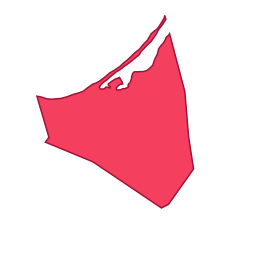 the district of Rummana, Shamal Sina', Egypt, rotated 335°
{"feature_id": "37247803B2824633862511", "entity_name": "Rummana", "entity_type": "district", "adm_level": 2, "iso_a3": "EGY", "parent_name": "Egypt", "parent_adm1": "Shamal Sina'", "projection": "albers", "projection_center": [32.731, 30.963], "detail": "fine", "context": "isolated", "style": "filled", "palette": "rose", "viewbox_px": 256, "rotation_deg": 335, "n_neighbors": 0, "source": "geoboundaries", "source_scale": "gbopen_adm2", "svg_char_len": 1420}
<svg xmlns="http://www.w3.org/2000/svg" viewBox="0 0 256 256"><g transform="rotate(335 128 128)"><path d="M205.5,60.1L204.2,61.0L201.0,61.9L199.2,63.7L196.3,65.7L193.5,66.9L189.4,69.0L185.7,73.6L182.3,76.2L179.8,78.5L177.0,81.5L172.8,83.1L169.2,83.9L165.4,83.2L163.2,82.2L160.0,80.9L157.4,79.7L155.3,80.5L153.1,82.9L152.2,84.5L149.0,87.8L146.9,88.3L146.0,89.6L146.1,90.8L143.8,91.1L141.9,91.1L140.0,90.1L138.0,90.3L135.6,89.6L133.9,88.9L134.2,86.8L136.7,85.7L139.5,85.1L141.7,85.9L142.2,84.1L141.9,81.4L141.7,78.6L139.7,78.5L137.3,78.3L133.7,78.7L131.7,79.1L129.0,79.6L128.2,80.6L128.8,82.1L129.4,83.2L128.4,84.1L127.7,83.2L125.4,81.6L122.9,82.5L119.4,81.0L119.2,79.2L120.8,77.7L124.8,76.2L128.4,75.7L131.9,74.6L135.0,73.7L141.0,72.2L145.5,71.8L149.5,70.8L155.6,69.7L159.5,68.8L164.2,67.5L169.0,66.4L172.5,64.1L175.7,62.9L180.7,60.9L185.8,59.2L192.7,55.2L197.1,51.9L203.3,48.7L208.2,45.6L208.9,41.4L207.8,43.2L204.1,45.8L200.4,48.2L196.6,50.5L189.3,52.2L182.6,56.7L177.5,58.6L171.6,61.4L166.1,62.7L159.3,65.1L154.5,66.5L151.0,67.3L146.7,68.8L140.3,69.8L134.6,70.4L131.7,71.2L128.1,72.2L121.8,73.5L117.8,73.7L114.7,73.4L108.1,74.5L102.9,75.8L97.9,75.3L91.6,74.3L86.5,74.0L80.2,73.0L74.9,71.1L70.7,69.5L66.8,67.3L62.2,63.0L58.9,60.7L56.2,78.2L52.4,103.1L47.1,105.9L82.3,144.3L82.3,144.5L124.5,214.6L132.4,214.3L170.1,192.8L179.3,161.3L194.9,119.0L205.5,60.1Z" fill="#f43f5e" stroke="#9f1239" stroke-width="1.5"/></g></svg>